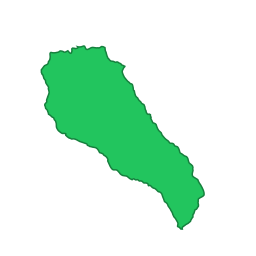 Ancuya, Nariño, Colombia (Natural Earth projection), rotated 130°
{"feature_id": "7082276B24246563186016", "entity_name": "Ancuya", "entity_type": "district", "adm_level": 2, "iso_a3": "COL", "parent_name": "Colombia", "parent_adm1": "Nariño", "projection": "natural_earth1", "projection_center": [-77.527, 1.251], "detail": "fine", "context": "isolated", "style": "filled", "palette": "green", "viewbox_px": 256, "rotation_deg": 130, "n_neighbors": 0, "source": "geoboundaries", "source_scale": "gbopen_adm2", "svg_char_len": 5854}
<svg xmlns="http://www.w3.org/2000/svg" viewBox="0 0 256 256"><g transform="rotate(130 128 128)"><path d="M170.5,21.4L169.9,22.1L169.5,22.4L168.7,22.5L167.7,22.3L166.2,21.9L164.7,21.6L162.5,20.7L159.6,20.2L159.1,20.2L158.4,20.6L155.3,21.1L154.6,21.0L152.4,22.7L152.1,22.7L151.6,22.5L151.2,22.6L147.5,24.1L147.3,24.0L146.5,23.5L146.2,23.4L145.5,23.4L143.9,23.7L143.2,23.7L142.6,23.8L141.4,24.8L140.5,26.0L139.9,26.6L139.1,27.0L138.0,28.0L137.1,28.4L136.9,28.5L135.8,28.2L132.3,26.8L131.4,26.7L130.4,26.7L129.0,27.9L128.5,28.5L127.4,30.1L126.0,33.0L124.7,36.4L124.5,37.5L123.9,39.1L123.2,40.5L122.7,41.4L123.4,46.3L123.4,47.1L123.2,47.8L122.6,48.6L122.2,49.0L121.4,49.6L118.8,50.9L118.3,51.4L117.8,52.1L116.6,52.8L116.0,53.6L115.6,54.2L115.4,55.8L115.5,57.8L115.4,58.8L115.3,59.1L114.6,60.2L112.9,62.6L112.5,63.7L112.4,64.3L112.4,65.0L113.1,67.0L113.2,69.9L113.5,71.4L113.5,72.3L113.4,72.5L112.0,74.5L111.0,76.4L110.8,77.2L110.6,77.9L110.8,78.7L111.5,80.1L111.6,80.8L111.5,81.2L111.0,82.4L111.0,83.4L111.2,84.0L111.6,84.7L112.3,85.4L112.4,85.7L112.6,86.3L112.5,87.2L112.2,88.1L112.1,88.9L112.3,91.7L112.2,93.4L111.8,95.7L111.5,97.3L110.3,99.6L110.2,102.5L110.0,103.4L109.6,104.6L108.7,106.4L107.3,108.7L107.2,109.3L107.2,109.8L107.5,111.0L107.9,112.0L108.0,112.3L107.9,112.6L107.2,114.0L106.7,115.2L106.1,116.3L105.9,117.1L105.5,117.0L105.1,117.1L104.9,117.3L104.5,118.3L103.4,119.4L103.6,120.5L104.5,121.4L104.8,121.9L104.8,122.3L104.5,123.4L104.0,124.4L103.3,125.2L102.6,126.8L100.9,128.8L99.9,130.7L99.9,131.2L100.3,132.7L100.3,133.3L100.1,134.3L99.7,135.4L99.8,136.9L99.3,138.8L98.8,139.8L98.8,141.6L98.6,142.5L98.4,143.0L97.5,144.5L96.5,145.9L95.6,146.9L95.5,147.2L95.6,147.8L95.3,148.4L93.6,150.2L92.2,152.1L92.0,152.5L91.9,152.9L91.9,153.2L91.9,153.5L92.5,154.7L92.5,155.0L92.3,156.4L92.4,158.3L92.1,160.2L91.6,162.7L91.4,163.6L90.2,166.2L89.6,167.2L89.1,168.0L88.5,168.7L87.6,169.2L84.6,170.0L83.0,169.9L82.8,170.0L82.7,170.2L82.8,170.5L83.2,171.2L83.2,171.9L83.7,173.2L83.7,173.5L83.5,174.4L83.4,174.8L83.7,175.9L84.0,176.9L84.0,177.7L84.2,178.4L84.4,178.8L84.7,179.1L85.6,179.7L85.8,180.0L86.1,180.9L86.2,181.6L86.3,181.9L86.6,182.4L87.7,184.1L87.8,184.7L87.7,186.3L87.4,187.2L87.4,188.3L87.1,188.8L86.7,189.5L86.5,190.0L85.9,191.0L84.2,193.4L83.2,195.3L82.0,196.5L81.2,197.4L81.4,198.0L81.7,199.2L81.8,199.5L82.7,200.7L83.0,200.8L84.0,201.0L84.9,201.4L85.3,201.8L85.7,202.1L85.9,202.6L86.9,203.6L88.9,206.8L89.7,207.5L90.3,207.9L91.4,208.3L93.2,209.1L94.2,209.8L94.4,210.5L94.5,210.8L94.4,211.1L94.3,211.6L93.9,212.4L93.3,213.7L93.3,214.0L93.7,214.7L95.8,216.0L96.6,216.7L97.6,217.8L98.1,218.8L98.2,218.2L98.6,218.0L99.2,218.0L99.8,218.4L101.0,219.3L101.2,220.1L101.4,220.2L101.6,220.3L101.9,221.1L102.3,221.7L102.5,221.8L102.9,221.9L103.5,221.9L105.1,220.4L105.7,220.1L106.9,219.7L107.3,219.7L107.6,219.8L107.8,220.2L107.9,220.9L107.9,221.4L107.5,223.7L110.0,224.7L110.5,225.1L111.0,225.8L111.1,226.7L111.4,227.6L112.0,228.7L112.3,229.2L112.8,229.6L113.4,229.8L114.3,229.9L114.9,230.3L117.1,232.1L118.0,233.0L119.0,234.4L119.6,235.6L120.5,235.8L121.1,235.6L121.8,235.0L123.2,233.6L124.5,232.6L126.1,231.8L126.9,231.7L128.6,231.5L129.7,230.7L131.1,230.7L133.9,232.0L135.3,232.0L136.5,231.9L139.1,231.8L139.5,231.5L140.2,230.8L140.8,230.4L141.0,230.2L141.6,229.1L142.0,228.5L142.2,227.1L144.1,224.2L144.5,222.5L144.5,222.1L144.5,221.9L145.5,220.9L146.1,220.1L146.4,219.6L146.9,218.0L147.3,216.5L147.6,215.5L148.0,214.9L148.6,214.6L149.2,214.2L150.1,212.9L151.1,211.6L151.6,211.2L152.3,210.8L154.1,210.1L156.0,209.5L156.2,209.2L156.6,209.2L158.5,208.5L159.3,208.0L160.1,207.1L160.3,207.0L163.2,207.0L163.4,206.9L163.9,206.5L164.4,206.0L164.6,205.3L164.9,204.9L165.5,204.2L165.9,203.7L166.1,201.7L166.3,201.1L166.8,200.3L167.7,198.7L168.5,197.8L168.5,197.4L168.3,196.9L168.3,196.2L168.3,194.3L168.4,193.1L168.0,191.8L168.0,191.4L169.0,189.8L169.1,188.4L169.8,187.1L170.7,185.8L173.1,183.6L173.5,183.1L174.0,182.1L174.6,180.4L174.8,179.4L174.7,177.5L174.8,177.2L174.5,175.2L174.1,174.4L173.2,173.5L172.8,172.9L172.4,172.1L172.5,171.7L173.3,171.4L173.6,170.9L173.6,169.8L173.7,169.3L173.7,169.0L173.6,167.2L173.5,166.6L173.0,165.6L172.8,164.5L172.6,164.0L172.2,163.6L171.7,163.2L171.2,162.6L170.8,161.9L170.3,160.7L169.8,158.7L169.7,157.7L169.4,156.9L169.3,156.1L168.8,155.0L166.8,149.8L166.7,149.3L166.8,148.7L166.9,148.4L167.2,148.3L167.3,147.9L167.1,147.2L166.8,146.3L166.7,145.3L166.1,144.4L165.6,143.2L164.1,140.6L163.8,139.8L163.7,138.9L163.7,137.8L163.9,137.0L164.7,134.8L165.1,134.0L164.9,133.4L164.6,132.8L164.0,130.9L164.0,130.5L164.1,129.9L164.3,129.4L164.3,128.6L164.1,127.7L164.0,126.7L164.2,125.2L164.6,124.0L165.2,123.0L165.4,122.8L166.1,122.5L166.3,122.3L168.7,117.3L169.1,116.3L169.6,114.6L169.7,113.3L169.5,112.5L169.2,112.0L167.9,110.5L167.5,109.7L167.4,109.3L167.4,108.4L167.8,105.6L168.1,104.6L168.1,103.0L167.9,102.1L167.7,101.4L165.8,98.3L165.7,97.9L165.6,97.4L165.6,95.5L165.6,94.1L165.1,92.1L165.0,91.7L164.8,91.5L164.0,91.4L163.5,91.2L163.3,91.0L163.1,90.5L162.9,88.9L162.6,88.5L161.4,87.5L161.3,87.3L161.4,86.1L161.3,85.3L161.2,85.1L160.9,84.7L160.4,84.4L160.1,83.7L159.8,83.0L159.8,82.1L160.0,81.1L159.9,80.7L159.6,80.1L158.7,79.1L158.1,78.0L158.0,77.3L158.0,76.9L158.3,76.3L159.0,75.4L159.0,75.2L158.8,74.9L158.3,74.7L158.0,74.4L157.8,74.1L157.7,73.8L157.7,73.4L157.9,71.6L157.9,70.9L157.7,70.0L157.2,68.7L157.0,68.0L157.1,66.1L157.3,64.4L157.3,63.7L156.9,63.3L156.7,62.8L156.5,61.8L156.5,61.0L156.6,60.5L156.9,59.5L158.3,57.3L159.5,55.0L160.9,52.7L160.7,51.6L160.7,49.9L160.8,49.3L161.3,48.2L162.0,47.0L162.8,43.9L162.9,43.5L163.4,42.5L164.2,40.2L164.5,39.5L165.4,38.1L166.4,36.0L166.6,35.4L166.8,33.6L168.2,29.7L168.7,28.8L169.1,28.3L169.5,28.0L171.1,27.1L171.4,26.9L171.5,26.7L171.5,26.0L171.1,25.1L171.1,24.5L171.4,23.0L171.4,22.5L170.9,21.9L170.5,21.4Z" fill="#22c55e" stroke="#15803d" stroke-width="1.5"/></g></svg>